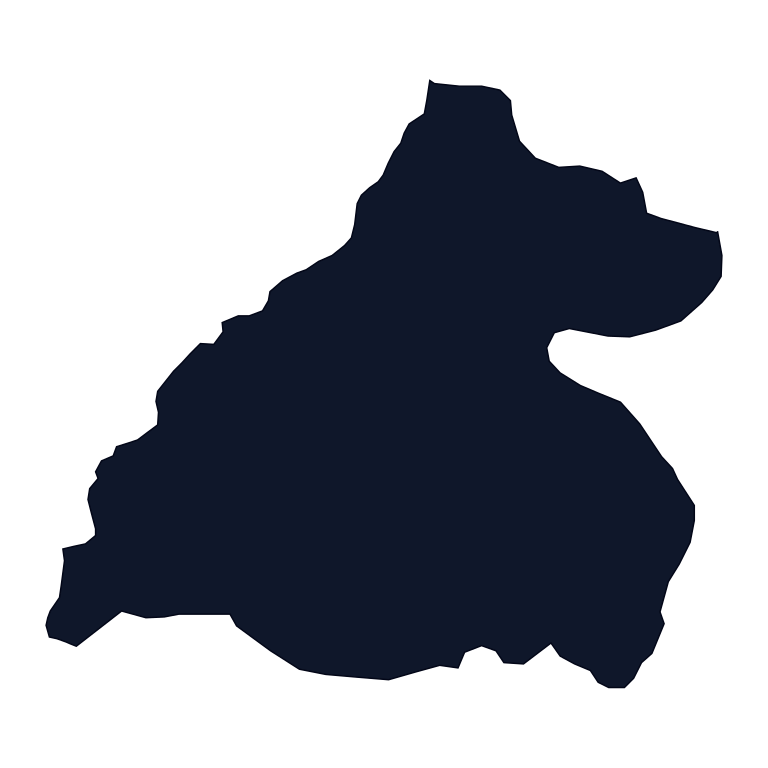 outline of Pasir Mas, Kelantan, Malaysia
{"feature_id": "92858781B75737561234517", "entity_name": "Pasir Mas", "entity_type": "district", "adm_level": 2, "iso_a3": "MYS", "parent_name": "Malaysia", "parent_adm1": "Kelantan", "projection": "orthographic", "projection_center": [102.076, 6.021], "detail": "fine", "context": "isolated", "style": "filled", "palette": "ink", "viewbox_px": 768, "rotation_deg": 0, "n_neighbors": 0, "source": "geoboundaries", "source_scale": "gbopen_adm2", "svg_char_len": 1809}
<svg xmlns="http://www.w3.org/2000/svg" viewBox="0 0 768 768"><path d="M429.8,80.5L426.8,100.4L424.3,113.9L414.2,120.6L409.2,123.9L404.2,133.1L400.8,143.2L394.1,151.6L388.2,163.3L383.2,175.1L378.2,181.8L369.8,187.6L361.4,195.2L357.2,203.6L354.7,224.5L351.4,237.9L344.6,245.5L332.1,255.5L318.7,261.4L306.1,269.8L296.9,273.1L282.6,280.7L270.0,291.6L268.4,300.8L262.5,310.9L249.1,315.9L238.2,315.9L222.2,322.6L223.1,331.8L213.8,344.4L200.4,343.6L190.4,353.6L182.0,362.8L173.6,371.2L157.7,391.3L156.0,401.4L158.5,412.3L157.7,424.9L147.6,432.4L137.5,440.0L127.5,443.3L116.6,446.7L113.2,455.9L101.5,460.9L95.6,471.8L98.1,478.5L89.7,488.6L88.0,499.5L91.4,512.9L95.6,528.8L95.6,535.5L85.5,543.9L73.8,546.4L62.9,549.0L64.5,560.7L61.2,585.9L59.5,597.6L50.3,611.0L47.8,617.7L46.1,625.3L49.4,637.0L57.0,638.7L66.2,642.0L70.3,643.8L76.3,646.2L121.6,611.0L145.9,617.7L164.3,616.9L178.9,614.1L230.0,614.1L236.6,625.9L270.6,650.8L299.4,669.2L325.7,674.4L355.8,677.0L388.6,679.7L416.1,671.8L439.7,665.3L458.0,667.9L464.6,652.2L481.6,645.6L496.0,650.8L503.9,662.6L523.5,663.9L551.0,643.0L560.2,656.1L574.6,663.9L590.4,670.5L598.2,682.3L608.7,687.5L624.4,687.5L631.6,680.3L633.6,678.3L641.5,662.6L651.9,653.4L664.1,623.7L660.0,611.9L668.3,581.7L679.2,564.1L690.1,542.3L694.3,520.5L694.3,505.4L677.5,479.4L672.5,468.5L661.6,456.7L639.8,424.0L620.5,402.2L597.9,393.0L580.3,385.5L560.1,372.9L549.2,361.2L546.7,347.7L554.3,332.7L569.3,328.5L607.9,336.0L629.7,336.8L655.7,330.1L680.9,320.9L701.8,302.4L712.7,289.9L721.1,276.4L721.9,255.5L717.5,231.2L717.4,232.9L695.1,227.6L661.0,218.5L646.6,213.2L642.7,192.3L636.1,177.9L620.4,183.1L602.1,171.3L579.8,166.1L558.8,167.4L535.3,158.2L519.5,141.2L511.7,115.0L510.4,100.6L499.9,90.1L481.6,86.2L459.3,86.2L434.4,83.6L429.8,80.5Z" fill="#0f172a" stroke="#020617" stroke-width="1.5"/></svg>